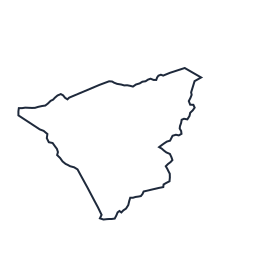 the district of Areia, Paraíba, Brazil, rotated 330°
{"feature_id": "56859067B64282742234798", "entity_name": "Areia", "entity_type": "district", "adm_level": 2, "iso_a3": "BRA", "parent_name": "Brazil", "parent_adm1": "Paraíba", "projection": "robinson", "projection_center": [-35.7, -6.949], "detail": "fine", "context": "isolated", "style": "outline", "palette": "slate", "viewbox_px": 256, "rotation_deg": 330, "n_neighbors": 0, "source": "geoboundaries", "source_scale": "gbopen_adm2", "svg_char_len": 1694}
<svg xmlns="http://www.w3.org/2000/svg" viewBox="0 0 256 256"><g transform="rotate(330 128 128)"><path d="M200.5,128.7L209.1,120.7L216.6,120.8L207.1,104.4L192.0,101.2L184.7,100.2L183.1,98.3L180.5,97.9L178.5,98.8L176.5,100.5L174.2,99.2L172.2,96.6L169.5,96.1L166.6,96.3L163.6,95.1L160.4,95.2L156.6,94.3L153.0,94.6L151.0,92.6L148.7,90.6L146.0,89.2L143.9,87.0L140.6,84.3L138.6,81.8L137.5,79.8L135.0,78.1L124.9,76.4L92.2,72.3L89.9,72.9L88.6,70.4L88.1,67.2L86.7,65.0L83.2,64.6L79.9,65.2L77.3,66.0L74.6,65.8L70.7,66.8L67.6,67.2L64.6,66.0L60.8,64.8L57.4,64.0L54.7,62.5L52.0,60.8L49.2,59.0L46.1,57.8L43.4,56.2L41.4,58.8L39.4,62.3L50.9,85.1L53.5,88.3L55.2,92.9L52.6,96.2L52.3,100.7L55.2,103.3L55.6,107.4L56.0,110.5L55.3,113.8L53.1,116.0L54.2,120.0L54.6,124.2L56.0,127.9L57.4,129.9L58.7,132.1L61.7,135.1L63.6,138.6L63.4,145.5L63.1,159.5L62.5,174.9L62.3,181.7L61.7,190.0L58.5,192.2L61.0,195.0L64.2,196.4L66.4,197.5L68.3,198.6L71.2,199.8L74.2,197.9L76.8,195.9L79.1,195.6L80.0,197.8L82.8,197.0L86.0,196.8L89.7,194.9L92.8,191.6L95.1,189.5L97.5,190.9L100.1,191.5L102.8,192.6L105.1,193.4L107.6,192.4L109.8,190.8L124.7,195.3L129.0,196.8L130.6,194.7L133.6,194.7L137.3,194.9L139.5,191.8L141.3,188.5L141.4,186.0L141.6,183.2L141.6,180.0L144.6,179.2L147.8,178.8L150.4,178.0L151.0,175.1L151.3,171.4L149.0,168.3L147.9,165.7L146.9,162.7L145.4,160.1L148.5,159.7L151.5,159.4L154.9,159.2L158.1,160.0L160.4,158.5L162.7,157.0L166.1,157.8L168.3,159.8L171.4,159.8L172.5,157.2L172.5,154.3L174.0,152.3L176.5,150.2L178.6,147.7L181.1,148.0L183.7,150.2L187.3,148.3L189.5,145.9L192.9,145.1L195.9,143.7L196.2,140.6L193.5,138.9L194.1,135.1L197.2,133.1L199.7,131.1L200.5,128.7Z" fill="none" stroke="#1e293b" stroke-width="2"/></g></svg>